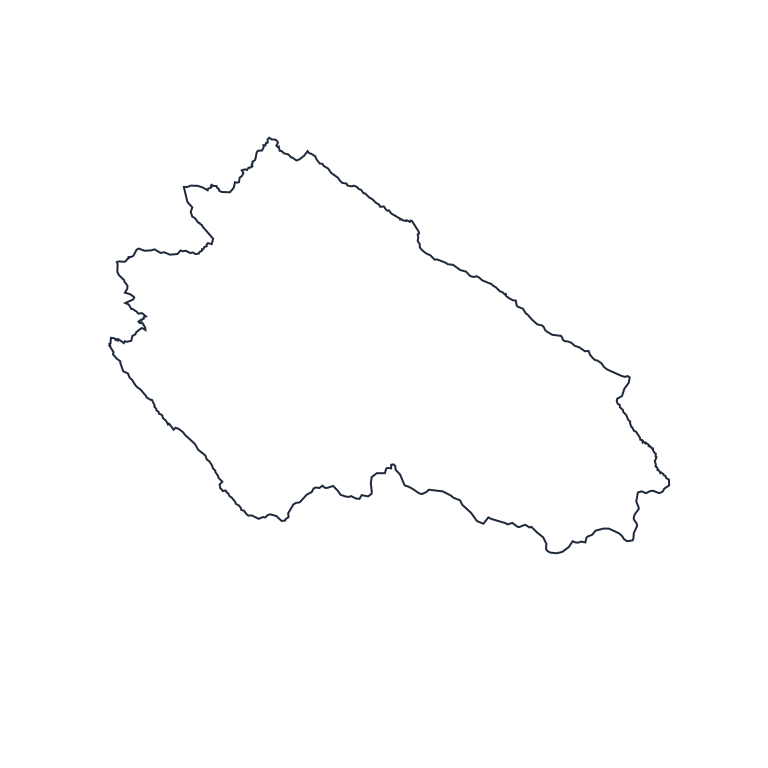 Gakenke, Northern, Rwanda (Equal Earth projection), rotated 320°
{"feature_id": "39286606B43223731633869", "entity_name": "Gakenke", "entity_type": "district", "adm_level": 2, "iso_a3": "RWA", "parent_name": "Rwanda", "parent_adm1": "Northern", "projection": "equal_earth", "projection_center": [29.798, -1.711], "detail": "fine", "context": "isolated", "style": "outline", "palette": "slate", "viewbox_px": 768, "rotation_deg": 320, "n_neighbors": 0, "source": "geoboundaries", "source_scale": "gbopen_adm2", "svg_char_len": 6166}
<svg xmlns="http://www.w3.org/2000/svg" viewBox="0 0 768 768"><g transform="rotate(320 384 384)"><path d="M428.8,628.4L430.8,630.4L433.7,631.4L436.4,634.8L440.2,631.9L442.1,631.8L446.6,633.3L451.8,632.3L459.0,635.7L463.3,639.3L468.2,649.8L468.6,653.8L468.1,656.8L469.1,660.6L473.8,663.6L475.9,662.6L479.5,658.8L486.7,655.4L487.9,653.1L488.4,648.3L489.6,646.7L492.4,645.0L498.8,643.5L499.7,642.3L501.8,636.0L508.8,630.3L512.3,631.8L514.6,636.1L519.2,637.2L521.6,638.9L524.5,644.2L525.5,644.9L528.7,645.5L531.4,644.3L537.2,645.0L540.8,640.4L539.7,637.4L540.5,635.4L539.7,633.5L540.2,632.7L539.3,629.8L538.4,629.8L539.1,627.2L538.2,625.7L539.1,625.0L539.5,623.0L539.0,621.7L540.4,620.6L541.8,617.3L545.7,615.2L545.5,614.1L547.4,612.1L547.0,610.8L547.5,607.7L548.6,606.2L547.7,605.5L548.0,604.3L547.0,601.9L547.7,601.9L547.6,600.6L547.0,598.1L546.3,598.9L546.7,597.1L545.9,597.0L545.8,594.7L544.6,594.9L545.7,592.9L544.5,591.5L545.6,589.6L546.4,582.6L545.4,580.3L546.3,576.8L545.9,575.9L547.2,572.2L548.5,571.0L548.0,568.5L549.6,563.5L549.3,559.3L550.3,557.5L549.8,553.4L551.1,551.6L550.3,549.1L551.7,546.2L553.2,545.2L558.6,546.2L565.1,542.1L572.2,540.4L576.5,536.8L575.7,534.5L573.0,533.3L571.0,530.2L564.3,516.3L563.4,512.3L563.9,508.0L562.7,503.5L561.0,501.1L560.6,498.3L560.6,494.2L561.9,490.1L559.0,488.1L557.1,481.2L554.7,477.5L554.0,472.9L552.2,469.6L549.8,467.1L549.5,464.5L550.3,463.4L550.5,460.9L544.5,454.4L542.5,448.6L542.1,446.3L542.9,443.5L542.8,440.9L539.7,436.7L538.7,429.4L538.6,422.7L538.0,421.2L538.8,415.7L536.1,410.6L536.3,408.6L538.6,404.9L536.4,402.5L534.7,397.7L534.1,394.9L535.1,393.4L534.1,393.0L533.8,390.0L532.4,387.5L531.8,381.4L530.8,379.2L530.6,376.7L526.0,368.0L525.2,363.3L524.2,361.0L521.7,359.9L519.4,356.8L519.1,350.7L515.6,345.6L513.5,337.1L509.8,333.2L509.2,330.8L504.7,322.6L502.7,321.3L502.3,315.5L500.2,311.0L499.1,305.4L499.3,302.2L501.2,300.0L501.8,296.0L504.6,293.6L505.9,291.1L507.5,291.3L508.5,289.6L510.2,277.2L509.3,275.8L508.1,276.4L506.4,272.9L505.5,273.2L503.5,270.5L503.4,269.1L502.1,268.4L502.6,267.7L499.2,258.2L499.4,254.2L498.3,253.8L497.6,252.1L498.0,247.9L495.0,245.8L495.5,243.2L494.2,239.6L493.9,235.0L492.6,231.8L492.1,226.0L490.9,224.7L491.3,220.6L490.1,218.6L489.9,215.6L488.4,212.7L486.4,211.9L483.6,208.5L484.1,206.4L481.4,203.3L480.9,199.4L481.3,196.4L479.2,188.3L479.7,183.0L478.0,178.3L478.3,175.7L476.4,173.7L476.8,168.1L477.7,165.5L476.3,161.0L475.0,159.0L475.2,156.5L469.5,157.8L463.7,157.6L460.6,156.5L459.2,151.2L458.5,150.8L458.3,146.7L455.5,142.7L455.4,139.9L454.0,138.3L456.0,134.4L454.9,134.3L454.8,132.2L457.7,131.1L458.3,129.3L457.9,127.0L455.2,124.5L454.4,121.6L452.3,121.7L450.0,124.3L448.6,123.5L446.4,125.0L445.2,123.6L443.8,125.4L440.7,126.7L437.2,124.3L435.5,124.7L430.2,128.9L428.7,129.6L426.1,129.1L425.1,130.6L423.5,130.9L423.0,133.5L422.6,132.2L420.7,132.4L419.3,131.2L416.7,132.0L415.6,130.3L412.4,128.9L411.9,132.1L408.6,133.4L406.1,133.1L402.7,136.2L400.8,135.3L399.6,133.6L395.1,137.1L389.2,138.1L383.0,132.5L382.0,129.8L382.8,128.3L382.3,126.1L383.0,124.9L380.3,122.1L380.0,120.6L378.7,121.0L378.2,122.3L374.4,121.4L373.4,122.2L371.6,117.2L368.6,112.4L363.2,107.6L360.4,106.9L357.3,104.4L350.8,117.4L350.4,118.9L350.7,125.5L346.6,127.9L344.7,132.5L345.8,135.6L345.4,141.0L346.2,142.0L346.0,143.7L346.7,145.0L346.2,147.3L346.5,162.9L341.9,166.1L339.7,162.9L337.6,163.2L336.7,164.5L334.5,163.6L332.1,164.6L331.3,163.8L330.1,164.9L327.6,164.3L325.8,165.0L323.1,163.2L322.0,160.2L319.8,159.2L317.8,154.5L314.9,152.8L314.1,151.0L309.3,151.6L303.2,147.4L300.3,141.8L297.1,140.0L294.8,133.4L291.1,131.7L286.1,127.9L283.2,122.6L280.9,122.1L274.4,124.7L272.3,124.3L270.0,122.6L269.3,123.7L268.2,123.1L265.6,123.9L263.6,123.5L259.9,119.8L257.8,118.8L257.0,120.9L251.8,126.7L250.9,130.4L251.7,137.5L250.9,138.6L250.7,143.8L248.7,145.9L244.2,147.5L247.2,152.0L248.4,156.3L248.1,157.4L246.0,158.0L237.9,155.7L239.5,159.0L238.7,164.2L239.6,164.9L241.0,169.5L241.1,172.2L244.2,174.2L245.1,179.2L242.8,178.4L241.7,179.7L239.4,178.6L238.7,179.6L237.8,178.5L236.0,178.4L236.1,180.2L238.1,182.2L237.4,187.0L236.0,189.3L234.7,185.7L233.3,185.2L227.4,185.1L225.5,186.1L222.3,185.4L218.2,188.4L214.3,186.5L213.0,184.7L211.1,185.5L209.4,179.2L208.8,178.6L208.2,179.3L208.0,177.8L206.9,178.1L206.7,175.5L204.5,173.1L200.7,177.0L199.6,176.7L199.0,178.5L198.3,178.1L197.3,185.8L195.4,187.0L195.6,192.8L196.6,197.2L195.7,198.0L192.4,206.7L194.6,211.3L193.2,215.8L193.7,218.9L192.8,224.5L192.9,227.9L193.9,231.6L194.0,240.5L193.5,241.5L194.9,245.9L196.0,246.9L194.5,253.0L193.5,253.7L193.6,256.5L192.7,257.9L193.4,260.3L192.5,262.2L193.7,264.1L193.9,265.7L192.7,268.2L193.4,272.0L192.5,276.2L193.7,276.1L193.9,277.1L193.4,283.8L196.2,283.5L197.9,286.5L199.1,292.1L198.8,294.6L200.6,308.2L199.4,315.1L201.2,323.8L199.7,328.2L200.5,330.8L200.0,335.3L198.7,339.2L199.1,342.0L198.3,342.8L197.8,347.5L196.9,349.6L197.4,354.9L193.4,355.4L191.5,358.8L192.0,361.0L191.6,362.4L194.1,363.6L194.3,364.5L193.7,365.6L194.3,367.7L193.6,370.7L194.3,373.0L194.3,377.4L193.6,381.1L194.8,383.9L194.6,387.4L193.7,388.8L195.3,391.0L195.0,395.7L195.5,397.6L198.3,399.8L201.3,406.7L205.7,408.1L207.5,410.0L210.1,409.6L213.0,410.6L216.7,416.0L217.5,423.0L220.3,425.0L221.9,424.3L225.4,424.6L227.4,421.5L237.2,418.0L240.2,418.5L243.4,420.5L253.7,419.1L259.2,420.3L263.0,418.8L265.3,419.5L267.6,422.1L271.5,422.4L272.0,425.6L273.7,427.1L279.5,429.4L280.0,436.5L279.5,441.0L282.5,445.8L284.6,448.0L286.7,448.7L288.9,453.7L291.4,456.2L295.5,454.8L299.5,459.8L303.5,460.2L305.0,459.2L310.1,451.6L314.7,447.4L321.2,447.7L327.3,452.9L331.4,450.2L333.1,450.8L335.2,453.2L337.6,450.5L339.6,451.7L339.9,453.9L337.8,457.2L338.1,463.8L334.8,474.3L335.0,475.8L336.7,478.1L338.4,482.4L340.7,490.6L342.6,492.8L347.2,494.0L350.4,493.8L359.9,503.9L363.4,512.1L364.2,516.0L367.5,522.0L366.3,526.8L367.9,538.9L367.1,548.7L370.3,554.9L378.2,553.3L379.5,556.4L387.7,568.8L388.3,570.9L393.0,572.9L394.5,579.1L395.5,580.5L401.6,582.5L403.3,587.4L405.1,588.2L405.8,596.1L407.4,603.9L405.6,610.9L402.0,614.6L401.9,617.1L402.9,619.9L407.5,624.7L412.7,627.2L420.8,627.7L427.5,625.7L428.8,628.4Z" fill="none" stroke="#1e293b" stroke-width="2"/></g></svg>